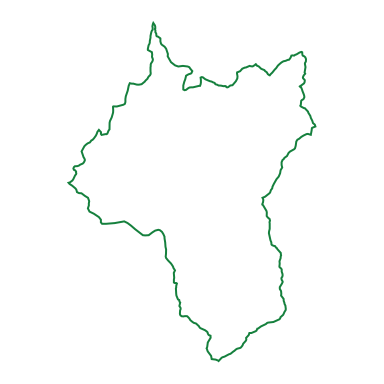 Tsento, Paro, Bhutan (Robinson projection)
{"feature_id": "84629894B34516930524400", "entity_name": "Tsento", "entity_type": "district", "adm_level": 2, "iso_a3": "BTN", "parent_name": "Bhutan", "parent_adm1": "Paro", "projection": "robinson", "projection_center": [89.316, 27.609], "detail": "fine", "context": "isolated", "style": "outline", "palette": "green", "viewbox_px": 384, "rotation_deg": 0, "n_neighbors": 0, "source": "geoboundaries", "source_scale": "gbopen_adm2", "svg_char_len": 5885}
<svg xmlns="http://www.w3.org/2000/svg" viewBox="0 0 384 384"><path d="M206.6,348.4L207.0,349.1L207.5,350.9L208.1,351.9L211.1,355.9L211.7,359.1L215.7,359.6L218.2,360.6L218.6,361.0L221.6,357.8L222.4,357.3L224.6,356.6L228.9,354.3L230.5,353.8L233.6,351.3L234.2,351.0L236.0,349.4L237.2,348.7L240.0,348.0L240.9,347.5L242.5,345.5L243.2,343.7L245.8,340.8L246.3,339.7L246.1,337.9L248.7,335.1L249.4,333.0L251.4,333.0L255.7,331.2L256.5,330.6L257.3,328.7L258.0,328.6L261.0,326.4L265.8,324.1L267.2,322.9L268.1,322.6L273.4,322.0L279.4,319.3L280.1,318.5L280.5,317.2L283.2,314.8L284.6,311.7L285.6,310.2L285.8,309.0L285.4,305.6L284.5,303.8L284.4,302.8L283.7,300.9L283.6,298.9L281.1,295.6L281.3,293.9L281.1,291.4L280.9,290.7L279.9,289.2L279.8,288.5L279.8,287.1L282.0,283.5L282.7,281.9L282.5,281.2L281.8,280.1L281.4,278.7L281.6,277.6L282.3,276.8L282.6,275.4L282.5,274.0L281.7,271.6L281.7,269.5L281.2,268.6L279.6,267.2L279.4,266.5L279.7,263.7L279.5,261.2L280.6,258.2L280.7,256.4L281.1,255.4L280.8,254.0L280.8,253.0L277.4,249.2L276.9,248.2L275.8,247.4L275.3,246.4L274.8,246.0L273.9,245.9L272.2,245.2L271.5,244.5L271.3,242.3L270.5,240.4L268.9,233.1L269.1,231.3L269.7,228.9L269.7,223.5L269.5,222.1L270.0,220.7L269.6,219.0L267.7,217.4L266.7,216.0L266.8,212.4L266.5,211.0L263.6,206.1L263.1,205.2L262.3,204.6L262.3,204.1L263.0,202.4L263.3,200.3L263.2,199.3L262.5,197.8L265.1,196.7L269.4,193.3L270.1,192.5L270.9,190.1L272.2,188.4L272.5,186.7L273.9,183.8L276.5,179.2L278.7,176.6L280.1,173.3L280.6,170.2L282.2,167.5L281.6,165.0L281.6,162.2L282.6,159.9L283.7,159.1L284.4,157.9L287.0,156.0L288.6,152.9L290.1,151.5L294.2,149.2L295.0,148.3L295.7,145.8L296.3,141.5L297.4,139.7L299.1,138.8L301.3,136.9L303.6,135.5L306.5,134.1L307.9,133.9L310.8,134.8L311.6,130.6L311.9,128.1L312.2,127.8L315.4,126.5L314.8,124.6L313.0,123.1L312.3,120.8L310.8,117.8L310.3,115.9L308.3,112.7L308.0,111.6L304.8,108.2L303.9,108.1L301.1,106.6L300.4,106.0L300.3,105.7L300.8,104.9L301.2,100.8L301.7,100.2L303.4,99.2L304.3,97.4L304.3,96.2L303.8,94.4L302.6,91.4L301.9,89.2L301.2,87.6L300.1,86.8L299.8,86.4L300.7,85.7L301.3,85.6L301.8,85.0L304.0,83.4L304.6,82.1L304.8,80.4L304.7,80.0L303.1,78.3L302.9,77.3L303.7,75.4L305.2,73.7L304.6,72.5L305.5,67.1L304.9,63.8L305.0,63.0L305.5,62.2L305.9,61.3L306.0,59.1L305.3,57.3L304.1,56.2L303.0,55.8L302.6,55.4L302.3,54.0L302.2,52.3L301.8,52.0L301.3,51.9L299.4,52.6L296.5,54.4L295.2,54.8L294.1,55.6L292.6,55.4L291.4,55.6L290.7,57.4L289.9,58.7L288.9,59.8L287.7,59.9L285.7,60.8L283.4,61.3L281.4,62.5L279.5,64.1L277.9,65.6L276.1,68.2L274.7,69.6L272.3,72.6L270.7,74.1L269.8,75.3L269.5,75.3L267.9,74.2L266.7,72.2L265.1,71.1L264.4,70.1L261.2,68.8L258.7,66.4L256.8,65.6L256.2,64.4L255.7,64.2L254.9,65.0L252.7,66.4L251.1,66.3L249.6,65.9L245.9,67.5L244.8,67.6L242.3,68.7L240.1,71.2L237.1,72.4L237.0,73.5L237.5,76.3L237.3,78.5L235.9,81.2L232.5,85.2L230.3,85.5L228.2,87.1L227.1,87.4L226.3,87.0L225.8,86.2L224.9,86.0L224.1,86.2L223.1,86.1L220.9,85.6L218.6,85.5L216.9,84.6L216.1,84.5L215.3,84.1L214.6,82.9L212.9,82.3L211.7,81.6L209.9,81.2L205.4,79.3L202.8,77.3L201.7,77.1L200.6,77.6L200.9,80.1L200.9,82.6L200.6,84.3L200.0,85.9L198.9,85.9L193.1,87.3L189.9,87.4L188.5,88.0L186.0,89.9L184.6,90.2L183.3,89.5L183.3,85.5L184.3,81.7L185.2,79.4L186.1,75.7L188.5,74.3L190.8,73.6L191.5,73.0L192.3,71.1L190.3,68.7L189.3,67.2L187.7,66.5L182.9,65.9L178.3,66.5L175.1,65.4L171.0,62.2L167.7,56.3L167.9,54.0L166.1,48.7L164.6,46.7L161.7,44.6L161.0,43.6L160.4,41.4L160.4,38.5L160.3,38.3L157.9,36.6L156.8,36.3L156.4,35.8L156.2,33.5L155.4,32.3L155.4,30.3L155.0,29.3L155.0,28.6L155.3,28.3L155.2,26.4L154.9,25.4L153.3,23.0L152.9,24.0L152.4,26.3L152.6,27.5L152.7,29.7L151.9,30.6L151.3,32.2L150.5,36.0L150.5,37.6L149.8,41.1L149.8,42.3L149.5,43.7L148.6,45.3L147.8,49.1L147.9,50.0L151.9,52.2L152.2,54.8L152.0,56.5L152.2,57.7L152.6,58.2L152.9,59.8L152.4,61.4L151.0,63.5L150.7,64.6L150.7,66.2L150.5,67.4L150.5,71.3L150.7,73.2L150.6,74.1L150.0,75.3L148.8,76.4L147.9,77.7L147.6,78.6L145.4,80.7L144.8,81.6L141.6,84.2L138.8,84.7L136.8,84.6L133.1,83.6L132.0,83.7L129.8,83.2L128.7,85.8L127.7,90.7L125.8,96.3L125.4,99.0L125.4,102.0L124.9,103.8L123.5,104.7L116.8,106.5L113.3,106.4L113.0,106.8L113.2,110.3L113.1,112.4L112.8,113.6L111.7,117.4L110.0,121.0L109.6,122.8L109.5,129.4L108.6,130.5L107.3,133.7L106.4,134.2L105.6,134.1L101.6,134.9L100.9,133.9L101.0,132.2L98.9,129.9L97.4,131.9L96.8,133.7L95.9,135.6L93.9,138.4L92.5,139.9L91.4,140.4L89.9,142.4L87.6,143.4L85.8,144.8L84.4,146.2L81.6,151.4L83.6,157.3L84.4,158.5L84.9,160.0L84.4,161.4L83.7,162.6L82.7,163.6L80.1,164.7L78.9,165.6L77.5,166.1L74.8,166.3L73.9,167.2L73.4,168.5L73.9,169.8L75.1,170.3L76.1,171.6L76.0,172.4L76.3,173.3L76.1,174.2L75.1,175.4L73.2,179.4L72.3,180.6L69.9,182.4L68.6,182.8L69.6,184.0L72.1,185.6L75.4,188.4L76.3,189.6L77.0,192.1L79.0,193.1L81.5,193.3L84.9,195.9L88.0,197.8L89.2,201.2L88.8,203.7L88.9,205.3L87.9,208.4L89.5,211.6L93.8,213.7L98.9,217.1L100.9,219.7L100.9,222.4L102.1,223.8L106.0,223.8L114.6,223.1L124.2,221.4L127.5,223.0L131.1,225.7L135.0,229.1L142.9,235.2L145.2,235.4L148.7,235.2L152.5,232.3L155.2,230.6L158.3,229.8L159.9,230.2L162.0,231.9L163.4,234.2L164.5,236.7L164.5,238.1L165.2,242.5L165.5,246.8L166.1,249.5L166.0,253.8L165.7,256.6L166.1,258.0L168.0,260.4L171.0,263.5L172.5,265.7L173.2,267.0L173.3,267.7L175.0,270.4L173.8,272.9L174.2,277.8L173.9,279.6L173.9,282.5L174.7,283.0L176.4,283.1L176.9,283.5L176.2,286.0L176.2,287.4L175.9,288.4L176.2,293.7L176.4,295.5L177.8,299.0L178.1,299.5L179.2,300.0L179.5,301.7L180.2,302.5L179.4,306.0L180.5,307.8L180.6,308.2L180.6,309.1L180.1,310.4L179.9,313.6L180.1,314.7L180.6,315.5L181.8,316.3L183.6,316.4L184.2,316.2L186.1,316.1L187.3,316.3L189.3,318.4L190.3,320.1L192.3,321.8L193.7,322.8L196.0,323.5L196.8,324.2L199.0,326.3L199.5,327.3L200.3,328.1L205.0,330.2L206.9,331.6L207.6,332.4L207.8,333.5L208.4,334.6L208.9,335.1L210.5,335.7L210.6,337.8L207.8,342.5L207.2,347.0L206.6,348.4Z" fill="none" stroke="#15803d" stroke-width="2"/></svg>